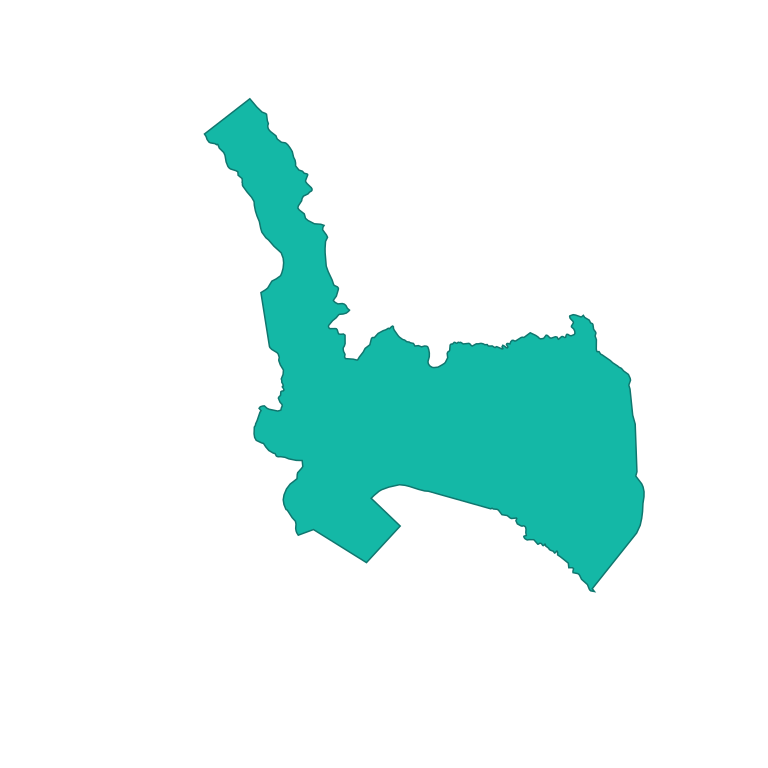 Marcala, La Paz, Honduras, rotated 126°
{"feature_id": "27666195B78924696380449", "entity_name": "Marcala", "entity_type": "district", "adm_level": 2, "iso_a3": "HND", "parent_name": "Honduras", "parent_adm1": "La Paz", "projection": "robinson", "projection_center": [-88.047, 14.123], "detail": "fine", "context": "isolated", "style": "filled", "palette": "teal", "viewbox_px": 768, "rotation_deg": 126, "n_neighbors": 0, "source": "geoboundaries", "source_scale": "gbopen_adm2", "svg_char_len": 6161}
<svg xmlns="http://www.w3.org/2000/svg" viewBox="0 0 768 768"><g transform="rotate(126 384 384)"><path d="M211.3,263.1L213.4,263.6L214.0,264.1L215.6,269.5L216.7,271.7L219.6,273.7L220.4,273.4L221.5,271.9L222.3,267.7L223.2,266.7L227.0,266.4L227.6,265.9L228.0,262.8L229.2,260.7L230.8,259.3L232.2,259.2L235.0,260.9L235.6,262.2L235.8,264.5L236.4,265.3L237.4,265.3L239.5,264.5L240.2,265.2L240.5,267.3L241.3,268.2L245.2,269.1L245.2,270.0L244.4,271.1L244.4,271.8L245.0,273.1L248.8,275.8L249.1,277.2L248.7,279.8L248.8,280.9L249.2,281.5L253.3,281.7L255.5,283.9L255.7,285.5L255.4,287.0L255.5,289.8L256.6,295.8L264.0,298.1L264.9,299.7L265.8,300.4L271.8,302.8L272.4,303.5L272.6,304.9L273.4,306.0L275.2,306.3L277.6,305.7L278.4,307.7L279.1,308.3L280.1,308.1L281.2,305.5L282.2,305.4L282.8,306.4L282.5,308.3L282.8,310.6L284.5,310.4L285.5,308.6L286.2,309.0L287.5,314.6L287.8,315.1L288.9,315.3L289.4,316.0L289.6,318.8L291.7,321.5L291.9,322.4L291.4,323.6L293.0,325.6L293.1,327.0L293.8,328.9L294.6,330.0L296.0,331.2L297.3,333.0L301.4,334.9L301.6,336.0L301.1,337.7L301.2,339.2L305.0,343.4L305.2,346.5L306.0,347.1L306.6,348.5L307.8,348.8L308.5,349.4L308.6,350.9L309.0,351.7L311.2,352.0L312.3,353.2L313.6,353.4L318.1,350.7L319.0,350.6L320.7,351.2L322.2,350.8L325.3,347.9L330.4,347.1L331.7,347.2L334.0,348.1L338.6,350.2L341.5,353.4L342.3,355.1L342.4,357.6L341.8,359.5L340.9,360.8L339.8,361.7L335.3,363.4L332.3,365.5L329.9,368.0L328.5,370.0L328.2,370.8L328.5,372.0L329.4,373.5L331.9,375.5L332.7,378.7L335.1,381.3L333.9,384.0L335.2,387.1L335.2,388.2L336.4,390.4L336.3,393.1L337.0,395.1L337.0,399.1L336.6,401.0L334.4,407.4L333.4,409.1L332.2,410.0L332.0,411.0L333.1,411.6L336.0,412.1L336.4,413.3L339.1,414.4L341.3,416.0L346.5,418.5L352.2,419.1L352.8,420.3L353.9,420.9L354.9,420.8L360.6,418.5L366.3,420.2L370.3,419.6L376.6,419.8L380.0,419.5L380.5,419.9L382.0,423.5L386.1,430.1L385.4,431.7L382.9,433.0L381.4,435.9L379.6,437.7L378.4,438.3L376.6,438.4L374.2,439.2L367.4,444.2L367.4,446.2L369.1,448.1L370.1,449.8L369.6,451.1L367.7,453.6L367.3,455.0L367.8,456.0L371.0,460.3L371.0,461.4L370.3,462.6L369.2,463.2L362.9,462.8L358.5,461.6L354.6,461.4L353.6,460.8L351.4,458.2L348.8,456.2L346.0,455.4L344.5,455.3L344.3,458.1L342.9,460.9L342.7,463.0L343.4,465.0L346.3,468.4L346.7,471.5L346.3,474.0L345.5,474.2L340.9,474.2L334.4,476.5L333.3,477.2L332.8,478.7L333.4,481.8L333.3,483.0L330.4,487.0L325.9,495.2L322.6,500.0L312.4,508.8L308.9,511.4L303.0,515.1L298.5,515.9L297.3,518.1L295.3,524.3L293.2,525.5L290.9,525.7L291.9,529.0L295.3,534.5L296.4,541.8L296.1,544.9L293.2,548.5L293.0,554.9L292.3,557.1L290.3,558.0L284.2,558.3L282.1,559.3L279.4,559.6L274.8,557.2L272.5,557.0L270.4,556.1L269.4,556.2L268.5,556.9L267.9,558.2L267.1,564.1L266.3,566.4L265.3,567.1L259.7,568.6L259.3,569.0L259.3,569.9L260.4,572.4L259.8,575.0L260.9,578.6L259.5,583.7L257.2,585.4L255.2,587.5L253.7,590.4L249.9,594.8L248.3,598.5L247.1,602.2L246.8,604.5L247.0,605.8L248.7,609.0L248.6,613.8L248.4,614.8L246.7,617.3L246.5,623.6L246.2,625.7L245.5,627.6L244.4,629.0L243.3,629.9L241.3,630.6L239.7,633.0L234.8,637.6L234.8,639.0L235.7,642.5L234.7,649.6L232.1,660.2L287.3,676.2L288.3,673.5L290.2,670.8L291.2,667.6L290.9,666.1L288.9,662.0L288.8,660.1L288.2,659.8L287.9,659.3L290.0,655.8L290.9,649.8L292.5,647.0L297.1,642.3L299.7,638.2L300.2,636.6L300.3,634.7L298.4,628.9L298.3,626.9L300.9,624.7L301.2,619.7L302.7,618.2L304.3,617.3L305.1,616.2L306.2,615.6L306.9,614.5L309.2,607.5L310.8,600.8L312.8,596.3L315.7,593.9L319.6,589.7L322.7,585.5L325.8,580.4L330.5,575.3L333.0,572.0L335.1,565.6L335.3,562.1L337.2,554.1L338.3,544.3L341.5,539.5L345.0,536.4L349.6,533.7L354.1,532.0L357.2,531.3L362.3,533.0L366.7,535.2L374.7,534.5L377.3,535.2L382.4,537.3L421.1,498.6L421.6,497.6L422.0,495.2L421.5,489.0L421.9,487.3L424.0,484.4L426.4,483.3L427.1,482.6L429.5,479.1L431.8,473.6L435.5,471.3L440.3,470.1L441.2,468.8L442.7,467.7L443.6,465.7L444.8,464.3L445.7,464.8L446.2,464.5L446.7,462.8L447.6,461.4L448.6,461.4L450.0,462.6L450.9,462.9L454.1,461.0L455.9,461.4L457.5,461.2L459.8,457.5L460.5,454.5L461.6,453.4L463.4,453.1L465.8,452.1L468.3,454.0L472.0,462.2L472.4,464.5L472.0,467.9L473.1,469.2L475.1,470.7L477.1,470.8L477.8,467.8L479.9,467.7L488.0,465.2L491.8,464.4L493.0,463.7L495.1,463.6L500.7,459.8L503.3,457.2L504.7,454.2L503.6,448.4L502.9,446.5L504.4,442.7L505.5,438.1L505.0,433.0L504.3,431.2L505.5,428.9L505.5,428.1L505.1,426.9L503.5,424.8L501.5,421.0L500.5,417.0L497.4,410.2L494.0,405.2L498.5,401.2L500.4,401.1L506.5,401.7L508.2,401.0L511.8,398.7L520.1,401.1L526.3,401.2L532.5,399.7L536.9,397.5L540.3,394.1L542.8,390.1L543.1,389.4L542.9,388.1L546.1,379.8L547.1,375.0L549.1,372.8L552.7,370.6L554.5,368.8L555.6,367.2L556.7,364.5L543.2,355.5L538.8,293.2L489.4,287.4L484.0,327.2L479.8,326.5L473.7,325.0L470.8,323.7L464.6,319.5L456.4,312.3L453.6,307.4L451.9,303.2L448.9,294.0L446.6,288.2L444.7,285.1L422.2,224.2L421.0,223.6L420.8,222.0L418.9,218.8L418.8,217.2L420.4,211.8L418.0,207.0L418.2,203.2L417.9,201.8L414.6,198.1L414.9,197.4L417.1,196.9L418.8,193.9L418.2,189.5L417.7,188.6L416.8,188.0L416.5,187.0L416.4,186.0L416.8,185.1L418.2,183.6L420.9,181.9L422.9,179.8L424.8,181.3L425.3,181.2L425.9,180.3L426.3,178.8L426.0,176.5L424.6,175.1L421.9,171.3L423.2,165.4L422.7,164.9L421.4,164.5L420.7,163.5L420.6,162.7L421.3,160.8L421.2,160.2L420.5,159.8L419.3,159.9L418.9,159.4L420.0,158.0L420.1,154.2L420.7,153.0L420.6,151.5L419.8,148.7L420.5,146.7L419.6,146.1L417.9,146.2L417.5,145.6L418.2,144.5L420.2,143.1L420.1,139.7L420.6,129.6L424.0,126.5L421.8,123.4L422.0,122.1L424.4,121.1L425.5,120.2L423.5,115.8L423.4,114.6L423.8,113.3L425.9,109.4L426.7,101.5L429.3,97.4L429.7,96.4L429.8,95.1L428.2,91.8L427.2,95.2L356.1,92.0L354.1,92.4L347.7,93.7L341.3,96.5L335.3,99.8L328.4,104.3L322.4,107.4L318.3,110.3L315.0,113.9L313.3,116.8L310.5,126.2L306.3,127.8L268.8,157.2L263.0,164.5L243.5,182.0L241.0,185.3L236.0,186.8L234.7,188.2L232.6,191.9L232.6,197.8L231.8,201.1L232.3,204.1L232.1,205.5L232.4,211.5L232.0,214.5L232.2,224.5L232.5,226.3L231.4,229.1L232.5,230.4L232.5,231.0L231.1,232.7L223.3,238.2L221.1,241.4L218.2,242.5L217.5,243.6L216.5,246.6L213.2,249.8L212.7,250.8L213.1,252.8L211.7,255.5L212.2,260.7L211.3,263.1Z" fill="#14b8a6" stroke="#0f766e" stroke-width="1.5"/></g></svg>